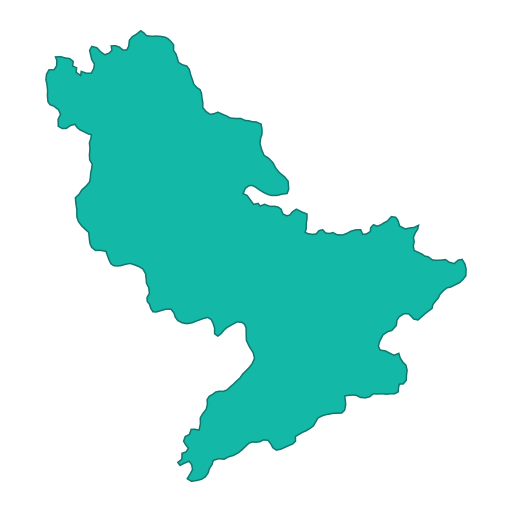 outline of Monjolos, Minas Gerais, Brazil
{"feature_id": "56859067B56933655704963", "entity_name": "Monjolos", "entity_type": "district", "adm_level": 2, "iso_a3": "BRA", "parent_name": "Brazil", "parent_adm1": "Minas Gerais", "projection": "robinson", "projection_center": [-44.02, -18.393], "detail": "fine", "context": "isolated", "style": "filled", "palette": "teal", "viewbox_px": 512, "rotation_deg": 0, "n_neighbors": 0, "source": "geoboundaries", "source_scale": "gbopen_adm2", "svg_char_len": 5024}
<svg xmlns="http://www.w3.org/2000/svg" viewBox="0 0 512 512"><path d="M49.0,69.8L46.5,74.3L45.9,79.7L47.0,84.6L47.6,90.4L47.4,95.8L48.0,101.8L50.0,104.7L53.8,106.1L58.6,109.8L60.5,114.4L58.1,119.4L58.3,126.3L62.3,128.5L66.4,128.4L70.2,125.6L74.9,124.3L77.4,127.7L80.0,129.9L84.3,131.9L88.2,133.9L91.4,134.7L90.9,138.4L89.4,142.8L90.0,148.9L89.4,154.7L89.7,159.9L92.2,164.0L91.6,168.9L90.7,172.7L90.4,176.9L89.7,181.7L86.4,185.8L81.9,189.8L79.2,194.2L75.4,197.7L75.8,202.7L76.8,209.8L76.9,217.0L78.5,221.6L81.7,225.9L85.2,229.3L88.7,232.4L89.4,239.5L90.0,243.6L91.6,247.3L95.4,250.4L100.9,250.4L106.0,251.4L107.7,256.3L109.1,260.0L110.9,263.7L113.6,265.6L117.3,266.0L121.0,265.6L125.5,264.3L130.1,263.4L135.5,265.2L139.8,267.0L143.0,269.1L145.6,273.8L146.2,279.3L146.5,283.3L148.7,287.5L149.4,293.3L147.0,297.6L147.3,301.5L149.5,304.3L150.8,308.5L153.0,311.8L156.3,312.0L159.6,311.0L163.1,310.0L166.2,309.1L171.1,309.3L174.1,313.2L175.3,317.2L177.9,320.6L181.9,322.7L185.2,323.5L188.5,323.5L192.6,322.6L196.7,320.9L200.4,319.6L203.7,318.4L207.8,317.4L211.2,319.5L213.0,323.1L214.6,328.1L214.6,333.7L217.8,336.1L221.0,333.7L224.4,329.7L227.3,327.3L231.4,325.0L237.0,321.9L241.7,322.3L244.6,324.3L246.1,327.9L246.2,334.2L246.4,340.4L249.3,346.6L253.2,352.7L254.5,358.3L252.2,363.6L249.5,367.2L246.4,370.4L242.8,373.9L239.9,378.1L236.4,381.2L233.3,384.3L230.2,386.9L226.9,390.0L223.1,391.4L219.5,391.2L215.7,392.0L212.6,394.4L209.3,396.2L207.1,399.6L207.4,404.3L206.2,409.3L203.1,413.2L200.3,417.8L200.4,423.9L199.1,430.1L195.2,429.3L191.2,429.3L189.4,434.4L185.2,436.6L183.6,441.2L185.7,444.8L188.4,448.2L186.1,451.9L182.0,453.3L181.9,459.2L177.8,462.4L180.0,465.4L184.3,463.2L189.2,461.3L191.7,464.8L192.5,469.6L190.0,474.2L187.2,478.7L191.4,481.3L196.8,480.5L201.5,479.3L205.5,476.7L208.1,472.9L209.5,468.5L212.0,464.6L213.3,460.4L218.6,458.7L224.2,459.2L228.3,456.9L233.3,455.5L238.3,452.8L241.4,450.3L244.9,447.0L248.9,443.2L252.2,442.0L255.7,442.2L259.7,441.8L263.2,440.0L268.0,440.2L270.9,444.0L272.8,447.7L276.3,450.1L281.1,449.1L285.6,447.0L289.5,445.3L292.8,443.9L295.5,441.2L295.4,436.6L298.7,434.5L302.5,432.3L305.9,430.9L309.9,428.5L313.4,425.9L315.3,422.6L318.0,418.0L321.8,416.0L325.3,414.8L328.7,414.2L332.6,413.4L337.4,413.2L341.7,413.0L344.6,410.2L345.7,404.7L345.3,400.1L344.6,396.0L348.8,395.3L352.7,395.0L356.3,395.3L360.3,397.4L365.3,397.9L369.8,396.7L373.1,393.8L377.2,394.0L382.1,393.8L386.8,394.2L390.2,393.8L394.6,393.8L398.3,391.8L398.5,387.8L399.3,384.1L403.3,383.9L406.3,380.2L406.5,375.1L407.1,370.2L405.9,365.2L402.9,362.2L400.2,358.0L398.8,353.3L394.0,355.3L389.3,352.9L385.4,350.9L380.2,350.1L378.4,346.4L379.2,342.6L380.7,339.3L383.1,334.7L387.7,331.7L391.9,330.4L396.4,325.3L396.9,320.3L399.1,316.8L404.0,313.7L408.6,313.8L411.3,316.4L413.6,319.0L418.0,320.0L422.3,316.2L425.2,313.6L428.5,311.0L432.1,308.4L432.8,304.7L435.4,301.3L438.2,298.1L440.0,294.3L443.2,290.8L446.8,287.9L450.9,287.0L455.2,284.8L459.5,282.7L462.5,280.0L465.8,275.9L466.1,269.0L464.9,264.0L462.2,259.4L458.2,260.1L454.2,263.6L449.1,262.2L445.6,259.6L441.1,260.1L436.8,260.3L432.5,260.0L428.0,256.7L424.7,256.1L422.0,254.1L417.8,252.1L414.2,250.5L413.3,246.2L414.2,241.4L413.4,237.4L415.2,233.0L417.7,229.1L418.5,225.3L414.0,227.5L410.1,227.9L405.2,228.9L399.7,226.1L397.8,220.1L395.7,217.3L391.4,216.6L387.3,221.1L383.6,223.0L380.9,224.8L377.2,226.2L373.5,224.7L370.7,227.7L370.3,231.6L366.3,234.0L362.6,234.3L360.7,229.7L355.5,229.9L351.1,231.1L347.4,233.1L342.7,235.0L336.9,234.7L332.9,232.5L329.8,233.5L325.5,233.0L322.7,229.7L318.9,230.7L316.2,233.9L312.5,234.4L308.2,233.7L305.1,232.4L306.2,228.9L306.3,223.5L307.0,218.4L307.0,214.0L302.2,212.1L296.3,209.2L292.3,211.9L289.9,215.0L286.7,215.8L282.8,213.9L281.1,209.2L278.2,207.1L274.6,206.3L269.9,206.4L264.6,204.3L260.2,206.1L258.1,203.4L253.6,204.3L250.1,199.6L247.1,195.5L243.1,193.6L245.4,188.3L249.1,185.6L252.3,185.5L255.3,186.9L258.7,189.4L263.5,192.4L268.0,194.5L271.7,195.5L277.2,195.4L281.7,194.2L287.1,193.5L288.7,189.2L288.1,181.2L284.6,176.9L279.5,172.7L275.9,168.4L272.9,162.7L268.7,158.3L264.0,155.3L261.6,149.5L260.0,143.7L260.6,138.3L262.0,134.1L262.0,129.5L261.1,124.1L256.1,121.9L252.5,121.8L249.0,120.8L244.9,120.4L240.9,118.5L235.9,118.5L230.2,118.0L226.6,116.0L222.4,114.2L217.9,112.2L214.3,113.6L210.2,114.4L205.9,111.4L202.8,107.6L202.8,102.5L201.9,97.4L201.5,93.3L200.0,89.6L196.9,87.6L193.8,84.2L192.4,79.7L190.5,74.3L189.3,69.4L186.7,66.0L182.2,64.7L178.4,62.2L177.2,57.7L176.0,54.1L173.6,50.5L173.6,44.8L170.6,41.2L168.0,38.7L165.1,37.2L160.6,36.4L156.4,36.1L151.7,36.3L146.5,35.7L144.1,33.1L140.8,30.7L136.3,34.3L132.3,36.7L129.4,40.2L128.7,46.2L126.8,49.9L123.2,50.1L119.2,47.0L115.3,45.7L111.2,45.9L111.9,50.4L109.2,53.1L104.7,54.7L100.7,51.9L96.8,47.7L91.8,46.4L89.6,50.4L90.7,55.1L91.7,59.5L94.4,64.0L93.8,68.4L91.3,73.2L86.4,73.2L81.2,71.4L80.7,75.5L76.1,72.3L76.6,67.8L72.6,66.0L73.2,61.4L69.7,58.6L65.0,57.9L60.7,56.7L55.5,56.9L56.9,60.6L56.6,65.8L54.1,69.8L49.0,69.8Z" fill="#14b8a6" stroke="#0f766e" stroke-width="1.5"/></svg>